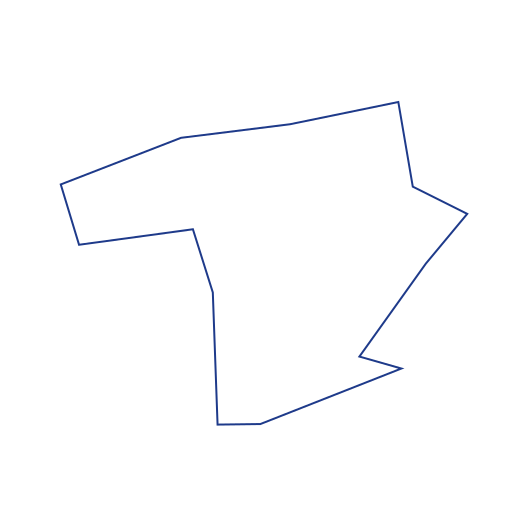 map outline of Kwai Tsing (Robinson projection), rotated 278°
{"feature_id": "HKG-5164", "entity_name": "Kwai Tsing", "entity_type": "state/province", "adm_level": 1, "iso_a3": "HKG", "parent_name": "Hong Kong S.A.R.", "parent_adm1": "", "projection": "robinson", "projection_center": [114.137, 22.356], "detail": "fine", "context": "isolated", "style": "outline", "palette": "blue", "viewbox_px": 512, "rotation_deg": 278, "n_neighbors": 0, "source": "natural_earth", "source_scale": "10m", "svg_char_len": 342}
<svg xmlns="http://www.w3.org/2000/svg" viewBox="0 0 512 512"><g transform="rotate(278 256 256)"><path d="M327.1,459.3L272.2,425.3L170.8,372.4L164.8,415.6L90.2,283.7L83.7,241.4L213.9,218.3L273.7,189.8L242.5,79.2L299.7,52.7L362.6,165.3L391.2,271.3L428.3,375.5L346.5,401.6L327.1,459.3Z" fill="none" stroke="#1e3a8a" stroke-width="2"/></g></svg>